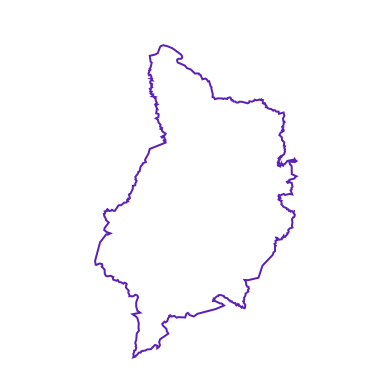 outline of Pedro Carbo, Guayas, Ecuador, rotated 168°
{"feature_id": "8360857B48061354733305", "entity_name": "Pedro Carbo", "entity_type": "district", "adm_level": 2, "iso_a3": "ECU", "parent_name": "Ecuador", "parent_adm1": "Guayas", "projection": "albers", "projection_center": [-80.292, -1.869], "detail": "fine", "context": "isolated", "style": "outline", "palette": "violet", "viewbox_px": 384, "rotation_deg": 168, "n_neighbors": 0, "source": "geoboundaries", "source_scale": "gbopen_adm2", "svg_char_len": 5951}
<svg xmlns="http://www.w3.org/2000/svg" viewBox="0 0 384 384"><g transform="rotate(168 192 192)"><path d="M240.1,74.5L240.2,75.5L239.1,76.0L237.7,74.4L235.1,74.5L233.1,72.3L231.2,72.4L224.8,70.7L222.8,74.0L221.1,74.6L219.9,72.1L216.1,69.9L212.1,71.7L193.1,72.6L184.2,74.3L186.2,76.8L187.9,77.3L192.3,80.8L194.1,81.0L193.7,82.0L192.6,82.3L192.8,83.3L191.8,83.2L189.7,84.7L188.0,84.7L187.4,85.6L185.2,85.2L182.3,83.4L182.2,82.2L179.5,80.7L178.2,78.3L177.1,77.7L177.2,77.1L175.8,76.7L175.9,76.2L173.8,74.4L172.9,74.5L172.2,72.0L171.0,72.8L170.7,72.0L169.8,72.4L169.6,70.9L169.1,71.1L168.1,69.4L166.8,69.5L167.1,68.5L166.0,68.5L165.1,67.4L164.2,67.7L163.3,70.7L164.5,73.0L163.9,74.1L164.5,74.5L163.2,76.1L163.1,77.6L161.3,79.5L160.7,81.5L157.5,83.0L157.8,84.4L156.5,85.6L156.5,87.5L157.4,87.7L158.2,89.3L158.0,93.2L158.8,95.0L155.4,94.1L144.8,94.3L138.3,105.4L126.0,113.8L124.8,116.0L123.0,117.0L122.4,120.9L121.3,121.9L121.9,122.3L122.1,124.1L120.8,124.5L120.5,126.9L118.7,127.2L119.1,129.8L118.2,129.5L116.8,127.3L114.0,127.1L113.5,128.4L112.9,128.9L112.5,128.5L111.5,129.8L111.5,129.1L110.9,129.4L110.4,128.8L107.7,130.7L107.5,131.9L106.4,132.0L105.6,133.3L105.8,134.8L103.8,136.1L101.1,136.4L101.2,138.6L100.1,141.2L99.9,144.5L98.4,146.2L97.6,146.1L96.9,146.7L96.1,148.5L97.0,149.9L96.4,151.8L97.5,151.5L98.2,152.6L99.5,152.3L100.1,153.6L101.0,153.3L101.6,155.2L102.7,155.3L102.9,156.7L105.5,158.3L107.2,161.4L106.6,162.3L106.6,164.3L107.5,165.2L106.9,165.3L108.9,166.7L108.3,167.7L106.8,167.8L107.3,169.0L108.1,168.6L108.3,170.1L107.4,171.1L106.3,170.2L102.7,171.1L101.6,169.8L96.6,169.8L94.5,168.8L95.2,173.2L94.0,173.6L94.0,175.2L92.6,176.2L92.6,180.2L94.6,181.2L96.6,181.1L97.0,182.3L94.5,182.7L94.2,183.7L89.0,183.9L88.1,185.0L86.5,185.6L90.7,188.7L89.2,196.1L89.3,197.3L90.3,198.3L90.6,200.8L89.7,201.4L85.4,199.9L82.6,200.6L84.2,201.0L84.8,203.0L85.6,202.0L85.8,202.5L92.2,202.6L95.6,199.9L96.7,199.9L97.3,198.8L98.0,199.2L97.9,200.6L98.8,200.4L98.8,201.2L100.4,198.7L101.2,199.6L102.1,199.6L102.5,200.5L101.8,200.8L102.0,203.2L101.5,203.5L100.8,202.6L100.7,204.8L99.6,205.3L100.2,206.6L99.3,206.5L99.4,207.3L98.5,207.4L98.7,208.0L97.5,208.7L97.0,207.9L96.1,209.0L94.3,209.6L92.7,212.1L92.7,213.4L92.1,214.2L92.7,215.9L91.5,217.4L92.6,218.1L91.4,221.4L93.1,223.8L92.8,226.9L94.7,229.6L92.9,231.7L91.1,232.1L91.2,233.1L90.2,232.8L90.4,233.7L89.5,233.7L90.3,236.6L89.4,236.8L89.8,237.4L88.4,238.8L88.0,240.6L87.0,240.9L86.9,241.6L87.9,242.5L87.7,245.1L85.8,247.3L85.9,250.7L90.6,250.4L90.6,252.6L92.9,253.1L93.8,254.7L95.0,255.1L95.7,254.7L97.1,256.6L100.2,257.9L100.8,259.2L102.1,259.6L101.3,261.0L102.1,262.0L102.1,263.4L102.5,263.8L103.2,263.3L104.3,264.2L103.6,267.3L104.8,267.5L105.0,268.2L106.1,267.7L106.8,268.4L109.6,268.2L111.6,269.3L112.3,268.4L114.3,267.9L117.0,268.8L117.6,267.6L119.1,267.2L124.5,269.9L126.9,270.5L128.2,269.9L130.0,270.3L131.2,271.7L132.6,271.9L133.2,273.5L134.3,273.5L134.6,276.1L135.2,276.7L137.9,276.4L138.3,275.7L141.0,276.8L141.9,276.4L142.8,277.1L146.8,278.2L150.4,278.1L150.7,279.8L152.2,280.6L151.3,283.3L151.6,289.0L151.1,290.3L151.8,291.3L152.2,296.8L153.3,296.8L154.1,299.0L155.4,300.2L158.4,300.1L159.3,304.8L160.4,305.3L160.7,306.5L164.6,307.4L167.6,312.0L171.2,314.3L172.7,317.2L179.0,321.6L179.3,323.7L178.8,324.7L177.5,325.1L175.0,324.6L173.8,325.3L173.4,326.6L174.0,328.5L181.2,336.6L185.2,339.4L189.4,341.5L191.9,341.3L193.2,340.4L196.6,334.9L199.8,334.1L205.0,334.0L205.4,328.0L204.5,326.9L206.8,322.1L207.8,321.5L208.2,322.0L207.8,320.8L208.3,320.2L207.7,319.9L208.8,319.3L208.8,318.5L209.9,317.2L209.8,315.1L208.2,315.3L207.7,313.0L208.1,311.7L208.7,311.6L207.6,311.1L208.0,310.4L207.5,309.3L208.8,309.7L209.8,308.9L210.2,307.4L208.5,305.7L208.9,305.0L209.7,304.9L209.2,302.8L210.1,302.9L210.4,302.2L211.7,301.7L211.1,300.7L211.9,299.1L210.7,298.5L211.8,297.5L211.2,297.2L211.6,296.4L209.8,295.6L210.5,294.9L210.0,294.1L211.0,293.8L207.9,292.4L209.0,291.8L208.1,290.7L208.5,289.5L207.9,286.6L209.4,285.6L207.7,284.8L209.6,284.0L208.6,279.9L209.4,279.9L210.7,276.4L208.6,275.4L208.5,274.5L209.4,272.2L212.0,271.6L210.3,269.8L210.3,266.8L208.8,264.5L209.6,262.6L208.3,261.2L209.4,261.0L209.7,260.2L208.4,259.8L208.5,257.5L205.6,254.6L206.5,253.5L210.4,252.3L209.8,251.4L207.8,251.7L207.6,249.4L209.0,248.2L208.6,247.4L207.3,247.8L207.5,245.8L224.4,242.9L226.5,238.7L230.9,233.7L231.3,232.8L230.8,230.9L234.3,230.3L234.6,229.2L237.0,227.5L239.0,223.0L240.4,222.8L241.1,221.2L244.3,218.6L244.2,216.6L244.7,216.2L243.9,214.3L245.6,212.3L246.1,210.4L248.5,210.3L249.2,207.6L252.4,203.3L254.2,202.7L254.0,199.0L255.0,198.2L255.8,198.8L256.7,198.1L256.2,197.6L257.1,197.1L256.7,196.3L257.2,196.4L258.2,195.4L260.6,195.7L264.0,193.8L266.5,194.3L271.4,189.6L272.5,189.8L274.0,191.2L274.9,190.6L276.8,190.6L278.3,192.8L279.0,192.4L278.9,191.2L281.4,191.2L281.1,190.0L282.0,188.7L282.7,188.8L282.8,186.8L281.9,183.8L282.0,182.5L279.8,179.4L284.9,175.0L285.8,173.0L283.8,170.6L280.4,168.5L283.2,167.8L284.7,168.4L292.4,161.9L301.1,144.8L301.4,141.0L300.9,140.5L297.3,141.3L295.0,140.2L295.0,138.4L295.8,137.7L293.6,134.3L294.3,130.5L293.7,127.9L292.2,127.1L289.0,127.0L286.7,125.2L287.4,124.5L287.3,122.7L284.2,120.8L282.9,121.4L282.0,119.0L279.9,118.3L278.3,116.6L276.7,117.3L275.3,116.1L275.0,115.4L276.3,113.5L276.4,112.1L274.4,108.6L275.3,106.7L274.5,104.0L274.9,103.1L271.1,102.2L268.8,103.3L267.0,102.1L266.6,100.4L269.5,95.7L270.4,91.5L270.1,87.2L267.8,84.7L275.5,84.8L272.4,81.5L271.6,80.0L271.4,74.4L272.6,70.3L272.7,67.5L275.5,65.0L277.2,59.1L278.9,56.2L278.6,53.5L279.3,52.4L278.9,51.2L280.1,49.1L281.6,48.9L281.6,48.0L283.1,45.7L283.0,43.9L283.9,42.5L281.5,42.7L280.7,43.8L279.8,44.0L277.4,46.0L275.6,45.6L274.6,46.8L270.5,46.7L268.4,47.3L265.0,46.8L259.9,50.1L258.0,48.9L258.5,46.4L256.7,47.2L255.2,48.8L255.3,52.0L253.9,54.6L244.6,58.4L245.6,61.2L245.5,63.5L248.3,67.5L248.5,69.2L245.9,70.9L245.0,70.0L243.1,70.8L241.4,73.7L240.1,74.5Z" fill="none" stroke="#5b21b6" stroke-width="2"/></g></svg>